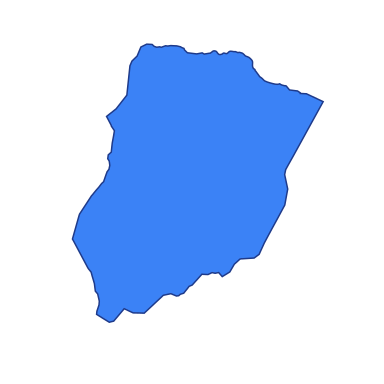 San Pedro Ocopetatillo, Oaxaca, Mexico, rotated 195°
{"feature_id": "50627088B16349207621267", "entity_name": "San Pedro Ocopetatillo", "entity_type": "district", "adm_level": 2, "iso_a3": "MEX", "parent_name": "Mexico", "parent_adm1": "Oaxaca", "projection": "natural_earth1", "projection_center": [-96.912, 18.185], "detail": "fine", "context": "isolated", "style": "filled", "palette": "blue", "viewbox_px": 384, "rotation_deg": 195, "n_neighbors": 0, "source": "geoboundaries", "source_scale": "gbopen_adm2", "svg_char_len": 2737}
<svg xmlns="http://www.w3.org/2000/svg" viewBox="0 0 384 384"><g transform="rotate(195 192 192)"><path d="M278.9,318.8L280.2,309.1L283.9,302.9L284.6,297.8L280.0,268.7L286.8,252.7L294.1,242.9L287.3,235.5L287.0,234.8L282.8,231.1L282.4,227.2L282.3,226.2L281.7,218.6L280.3,209.6L282.5,206.2L282.0,202.3L280.1,200.6L279.5,199.4L278.5,196.9L278.3,196.4L278.1,192.5L279.3,189.4L279.3,188.8L279.5,186.8L280.0,180.0L280.0,179.1L281.5,176.8L283.3,172.4L284.9,169.2L285.0,169.0L287.0,164.6L287.1,164.2L288.1,162.3L291.0,153.4L294.9,141.6L295.0,139.8L295.3,115.6L293.9,114.2L279.9,99.2L273.0,91.8L272.0,90.9L269.0,88.7L268.7,88.5L266.8,85.2L263.8,80.3L262.6,78.3L259.7,71.2L256.7,69.1L253.3,62.6L252.8,59.9L252.6,58.9L252.8,55.3L253.0,52.3L252.5,49.1L244.3,46.6L238.2,44.8L234.2,47.0L227.3,61.7L217.6,60.0L210.3,61.8L206.8,62.6L202.8,69.0L198.5,75.9L193.0,84.8L192.8,84.9L186.5,88.1L186.0,88.3L180.1,87.5L178.0,88.4L176.8,90.2L173.8,92.1L172.7,94.7L171.6,97.1L170.4,100.1L167.7,102.2L165.7,106.2L161.1,115.2L160.2,115.3L155.2,116.4L154.5,117.0L153.3,118.0L153.1,118.2L151.8,119.3L148.6,119.5L145.4,121.1L140.9,118.1L135.0,124.3L134.8,124.5L132.4,133.3L131.9,134.0L128.4,139.5L127.1,140.3L126.9,140.3L126.7,140.3L114.9,144.3L113.6,145.9L111.0,149.2L110.6,151.8L109.4,158.8L109.0,161.3L107.3,168.6L105.2,177.5L102.6,188.2L100.1,198.8L99.0,203.4L99.2,205.9L100.0,215.7L100.3,219.6L106.3,231.4L107.0,232.8L107.3,237.8L106.2,242.4L103.5,253.0L88.7,313.2L106.9,316.5L112.9,315.2L113.0,315.8L116.2,316.9L124.2,315.8L128.4,318.8L129.6,318.8L130.2,318.6L132.7,318.6L133.7,318.7L135.3,319.2L135.8,318.8L137.4,318.1L139.6,317.7L142.1,317.6L144.7,317.6L147.5,317.7L149.8,318.0L150.8,318.2L152.1,318.9L153.4,319.7L154.7,320.3L155.9,320.7L156.7,321.1L157.6,321.9L160.1,323.9L161.7,325.2L162.4,325.5L162.7,326.3L163.2,326.7L163.6,326.9L164.3,327.0L164.6,327.1L164.9,327.5L165.7,328.4L166.3,329.8L166.6,331.0L166.9,332.4L167.2,333.4L167.7,334.2L168.3,334.8L169.5,335.6L170.6,336.2L171.7,336.7L173.2,337.0L174.4,337.1L175.4,337.2L176.2,337.5L176.7,337.9L178.0,338.6L179.1,339.1L180.7,339.2L182.2,339.2L183.2,338.8L184.1,338.5L185.0,338.7L186.5,338.8L187.8,338.4L188.9,338.3L189.9,338.2L191.4,337.9L192.2,337.4L192.8,336.7L193.4,335.6L194.0,334.8L195.0,334.5L196.1,334.5L197.1,334.5L197.8,334.1L198.4,333.3L198.8,332.9L199.6,332.4L200.5,332.0L201.3,331.9L202.0,332.0L203.1,332.7L204.1,333.5L204.6,333.9L205.4,334.2L206.6,334.2L207.8,333.8L208.1,333.6L210.3,330.8L211.0,330.6L215.9,328.4L218.2,329.0L223.2,326.6L232.5,325.3L236.0,327.3L236.9,328.6L239.4,328.9L240.6,329.3L244.4,329.2L250.5,327.9L253.2,326.7L255.4,326.4L259.2,323.8L260.7,323.9L263.6,322.7L266.2,322.9L268.7,324.2L274.0,323.1L278.9,318.8Z" fill="#3b82f6" stroke="#1e3a8a" stroke-width="1.5"/></g></svg>